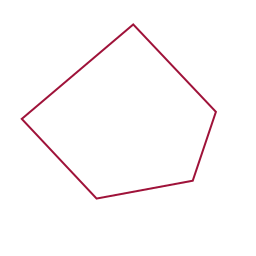 map outline of Vatican (Mercator projection), rotated 234°
{"feature_id": "VAT", "entity_name": "Vatican", "entity_type": "country or territory", "adm_level": 0, "iso_a3": "VAT", "parent_name": "Europe", "parent_adm1": "", "projection": "mercator", "projection_center": [12.434, 41.902], "detail": "fine", "context": "isolated", "style": "outline", "palette": "rose", "viewbox_px": 256, "rotation_deg": 234, "n_neighbors": 0, "source": "natural_earth", "source_scale": "50m", "svg_char_len": 233}
<svg xmlns="http://www.w3.org/2000/svg" viewBox="0 0 256 256"><g transform="rotate(234 128 128)"><path d="M208.7,193.1L89.4,208.6L47.3,149.4L89.4,61.1L197.8,47.4L208.7,193.1Z" fill="none" stroke="#9f1239" stroke-width="2"/></g></svg>